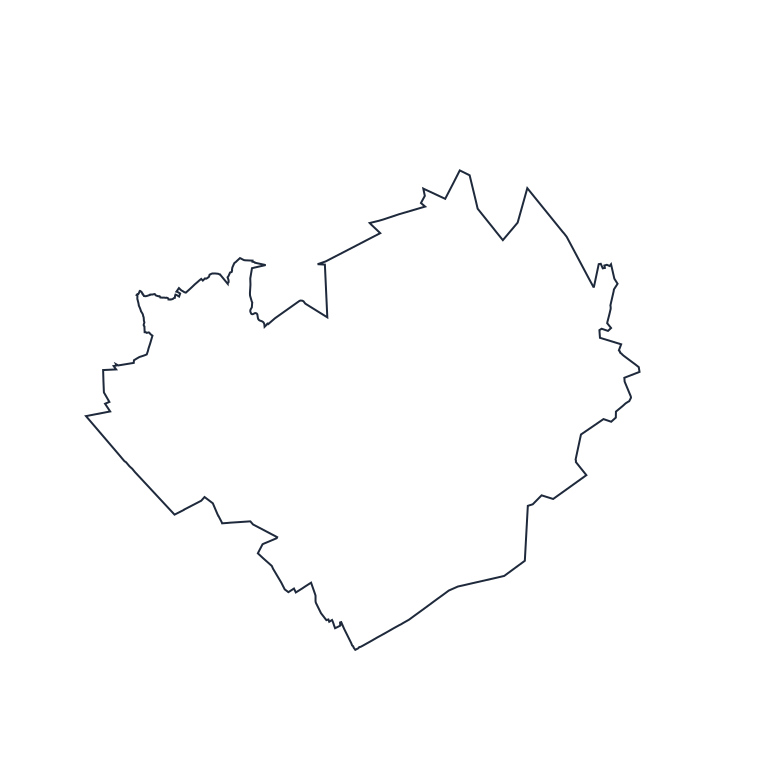 the district of Trincheras, Sonora, Mexico, rotated 231°
{"feature_id": "50627088B52969671288629", "entity_name": "Trincheras", "entity_type": "district", "adm_level": 2, "iso_a3": "MEX", "parent_name": "Mexico", "parent_adm1": "Sonora", "projection": "orthographic", "projection_center": [-111.475, 30.291], "detail": "fine", "context": "isolated", "style": "outline", "palette": "slate", "viewbox_px": 768, "rotation_deg": 231, "n_neighbors": 0, "source": "geoboundaries", "source_scale": "gbopen_adm2", "svg_char_len": 6010}
<svg xmlns="http://www.w3.org/2000/svg" viewBox="0 0 768 768"><g transform="rotate(231 384 384)"><path d="M492.3,581.9L502.3,577.3L496.4,564.1L489.4,548.1L511.1,537.5L504.5,534.1L501.4,526.6L496.0,527.6L506.4,502.7L512.3,487.0L514.1,482.7L518.1,474.2L515.8,474.4L503.6,476.0L516.0,415.7L518.9,407.8L514.0,413.2L471.5,381.9L496.0,373.4L498.9,373.5L500.2,372.9L501.5,371.5L501.8,370.3L503.7,340.6L503.4,331.8L504.2,331.7L504.3,331.3L504.1,330.5L503.9,330.2L503.6,327.2L505.6,328.5L506.2,328.8L507.0,329.0L508.0,329.1L508.4,329.0L509.1,328.8L510.1,328.3L511.3,327.5L512.1,327.2L512.4,327.1L513.0,327.1L513.5,327.1L513.9,327.3L514.8,327.6L517.5,329.2L518.0,329.4L518.5,329.4L518.9,329.4L519.3,329.2L519.7,329.0L520.2,328.5L520.3,328.3L520.8,326.1L521.1,325.6L521.3,325.4L521.8,325.1L522.0,325.1L522.8,325.2L524.2,325.6L524.7,325.9L525.5,326.6L525.9,327.3L526.5,328.9L526.8,329.6L529.8,332.4L530.2,332.9L531.2,333.1L536.0,335.1L537.1,335.6L539.0,337.0L545.2,342.7L550.2,346.5L557.1,354.3L550.9,366.9L559.5,360.0L560.0,360.1L561.9,358.7L562.6,359.5L567.2,354.3L568.3,353.2L572.5,351.3L572.2,346.8L572.1,346.2L572.1,344.7L572.2,344.3L572.1,343.6L571.8,343.2L571.6,342.5L571.2,341.9L570.3,340.1L570.0,339.5L569.3,338.7L569.0,338.4L568.6,337.9L568.2,337.5L567.7,337.3L566.9,336.0L567.4,334.9L567.5,334.5L566.0,331.6L565.6,330.7L565.4,329.6L564.0,329.1L562.9,328.7L562.3,328.4L561.7,327.9L561.1,327.5L560.8,327.0L560.8,326.7L561.0,326.6L561.0,326.3L560.2,325.6L572.4,325.5L572.6,325.1L573.0,325.0L574.0,324.5L576.3,322.2L576.9,321.4L577.1,321.1L577.4,320.7L577.6,320.6L578.0,320.0L578.6,317.9L578.6,317.7L578.7,317.2L578.4,316.9L578.0,316.2L577.5,315.5L577.5,314.3L577.5,313.3L577.8,312.0L578.2,311.6L578.7,311.4L578.4,308.3L580.7,308.1L580.7,305.2L580.6,303.7L580.5,299.7L580.2,296.1L580.0,293.2L579.7,287.5L580.4,287.1L580.8,286.7L582.6,286.1L583.8,285.6L584.9,285.3L587.6,285.0L586.4,280.8L585.4,281.5L584.1,282.0L583.2,282.3L582.6,282.5L580.9,279.8L583.4,278.9L584.7,278.2L584.3,277.5L583.0,276.0L582.6,275.7L583.0,274.9L583.0,274.6L583.0,273.4L583.5,272.1L584.0,271.2L584.3,271.1L584.4,270.7L585.3,269.7L585.7,270.0L586.3,270.1L586.5,270.1L586.9,270.0L587.5,269.6L587.9,269.4L588.0,269.1L588.6,268.3L589.2,267.8L589.7,267.3L590.4,266.3L591.0,265.7L592.0,264.6L593.2,264.9L593.4,264.8L593.6,264.7L593.8,264.3L594.1,263.9L594.6,263.7L595.0,263.3L595.4,263.1L596.3,262.5L596.6,262.4L597.1,262.4L597.5,262.5L597.9,262.5L598.3,262.3L599.4,260.1L599.9,259.6L600.5,258.8L600.6,258.5L600.7,258.3L600.5,258.1L601.0,256.9L601.3,256.0L601.6,255.3L602.1,254.2L602.9,253.3L603.5,252.8L604.3,253.1L604.7,252.9L606.1,253.0L606.2,253.3L607.4,253.3L608.0,253.5L609.5,253.2L610.0,252.9L610.0,252.6L609.8,252.2L609.4,251.8L608.5,249.7L608.8,249.4L609.0,249.1L609.0,248.6L608.9,248.5L608.9,248.2L608.7,248.1L608.7,247.7L608.3,247.8L607.8,247.9L607.1,247.4L606.6,246.9L605.3,245.8L604.5,245.5L603.0,244.8L601.7,244.2L599.8,243.2L599.6,243.0L599.1,242.8L597.3,242.3L595.6,241.8L594.1,241.2L593.6,241.1L593.4,240.9L592.3,240.8L590.7,240.6L589.7,240.3L588.8,239.9L588.4,239.6L587.1,239.2L584.2,237.2L582.7,236.6L582.2,235.9L581.6,234.9L581.2,234.5L580.7,234.1L580.3,234.0L579.9,234.1L579.4,234.0L579.0,233.7L578.7,233.4L574.9,230.6L574.2,231.5L573.3,231.6L573.1,231.7L572.1,233.7L571.0,233.9L569.6,233.9L568.3,234.2L567.3,234.5L562.6,227.7L559.9,223.5L558.1,221.1L556.3,218.2L557.1,215.6L558.9,210.9L559.4,207.7L559.8,204.6L557.9,202.8L565.7,189.1L568.0,188.2L566.7,187.9L568.1,185.2L563.9,185.0L571.6,174.5L562.7,167.7L554.1,161.3L553.6,161.0L542.9,159.3L544.2,154.8L535.0,153.9L538.2,147.9L546.6,132.2L497.1,133.5L487.4,133.7L485.5,134.3L480.3,134.4L476.4,135.0L475.7,135.0L475.2,135.0L474.7,135.0L472.5,135.0L414.3,139.0L412.2,148.8L412.1,149.4L412.2,149.5L408.3,168.5L409.1,173.4L399.0,175.9L387.1,172.5L386.1,172.4L385.8,172.2L385.6,172.3L379.2,171.0L378.4,170.8L377.6,170.5L374.4,175.1L373.1,177.1L368.2,184.0L361.8,193.1L361.3,193.7L357.3,193.8L338.0,202.1L336.0,203.0L332.2,204.6L331.7,203.6L334.4,194.1L335.5,190.4L335.9,188.8L334.2,184.9L333.3,182.8L331.8,179.4L324.8,180.4L313.2,182.3L310.2,181.5L294.4,179.2L286.9,177.6L282.4,178.7L281.7,185.3L277.5,184.3L276.6,191.6L276.3,195.0L275.5,202.3L264.1,198.2L262.6,197.6L258.4,194.2L257.0,193.4L245.5,190.8L245.2,190.8L237.3,190.6L237.1,190.8L236.7,190.7L236.0,192.6L233.7,191.8L233.3,195.1L232.1,194.8L229.1,193.8L228.5,193.5L225.0,192.3L224.5,194.4L224.1,196.2L223.8,197.6L223.8,198.1L224.7,198.6L225.9,199.5L226.3,199.8L225.9,200.9L218.7,198.9L203.4,195.5L200.8,194.7L199.6,195.0L198.2,194.5L195.5,194.4L194.8,197.7L195.1,199.2L194.5,200.3L194.4,200.7L194.2,201.7L194.0,202.7L192.1,213.8L192.0,214.6L191.7,216.4L191.3,219.0L189.6,228.5L188.1,237.8L186.9,244.5L186.6,245.6L186.2,248.5L185.5,252.7L185.1,255.1L184.8,261.3L184.7,263.3L184.5,267.0L183.4,290.5L183.0,297.7L182.7,304.4L180.1,314.0L177.6,319.0L174.2,326.0L162.3,350.2L159.2,356.6L158.0,382.2L191.4,412.4L198.8,419.1L196.9,423.9L198.3,436.4L188.2,443.1L185.8,483.9L202.6,484.0L203.2,484.6L203.9,485.1L204.2,485.2L204.5,485.2L204.9,485.6L220.8,505.3L218.6,532.5L211.7,536.8L212.0,543.0L216.6,546.9L216.7,555.9L216.9,559.6L216.5,563.0L216.3,563.7L217.9,567.3L219.1,568.0L234.4,572.5L237.6,574.7L232.6,590.2L236.8,592.6L241.2,591.6L245.0,590.6L255.3,588.0L257.1,587.7L257.7,587.7L258.3,587.7L259.0,587.3L259.9,587.3L260.2,587.6L260.7,587.7L261.0,587.8L261.3,587.6L262.0,587.9L262.4,587.8L265.6,593.3L284.0,580.9L290.3,585.3L290.0,587.9L284.3,591.5L284.6,595.7L290.8,595.7L291.8,596.9L296.4,603.1L299.8,607.5L300.8,608.3L302.0,609.1L302.3,609.3L302.6,609.4L311.6,620.9L312.8,622.2L314.9,628.6L320.9,629.3L334.2,635.8L333.7,633.6L336.4,632.2L337.4,629.8L335.2,628.7L336.2,626.8L341.0,628.1L342.0,626.3L328.2,609.3L327.4,608.3L327.5,608.1L327.3,607.9L327.2,607.8L326.9,607.7L336.6,609.5L378.2,617.6L383.4,618.6L387.8,618.7L389.8,618.6L446.0,618.6L439.6,609.6L425.3,589.4L421.0,566.9L422.1,566.9L431.8,566.9L438.7,567.0L442.3,567.0L461.3,567.1L468.3,570.5L492.3,581.9Z" fill="none" stroke="#1e293b" stroke-width="2"/></g></svg>